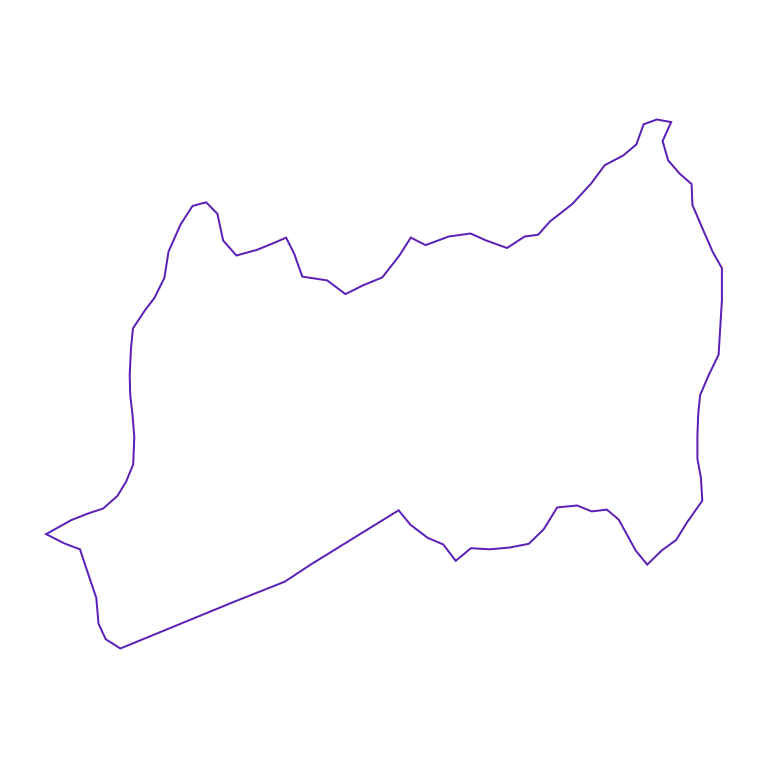 Curral de Cima, Paraíba, Brazil
{"feature_id": "56859067B74378135751111", "entity_name": "Curral de Cima", "entity_type": "district", "adm_level": 2, "iso_a3": "BRA", "parent_name": "Brazil", "parent_adm1": "Paraíba", "projection": "equal_earth", "projection_center": [-35.284, -6.731], "detail": "fine", "context": "isolated", "style": "outline", "palette": "violet", "viewbox_px": 768, "rotation_deg": 0, "n_neighbors": 0, "source": "geoboundaries", "source_scale": "gbopen_adm2", "svg_char_len": 1307}
<svg xmlns="http://www.w3.org/2000/svg" viewBox="0 0 768 768"><path d="M120.3,648.5L234.2,601.7L284.7,581.7L310.6,564.6L398.6,510.3L410.5,524.8L427.6,537.8L443.3,544.5L455.7,560.8L470.9,548.2L489.9,549.3L509.8,547.5L528.8,543.8L543.7,529.3L557.2,507.4L577.1,505.5L591.7,511.4L606.9,509.6L618.7,519.6L627.3,535.2L635.6,550.4L647.2,564.6L661.8,550.4L676.1,540.0L687.4,521.8L702.3,500.7L700.9,477.6L697.4,458.7L697.4,435.6L698.2,414.8L700.1,395.2L708.7,375.1L718.6,354.7L721.9,300.4L721.9,268.1L712.8,252.1L702.3,228.0L692.4,204.9L691.6,184.1L679.7,173.7L668.1,160.3L662.6,141.0L671.2,122.1L656.8,119.5L643.6,124.3L636.4,144.4L623.2,155.5L604.7,165.2L591.2,183.4L572.1,204.2L550.1,221.3L538.2,234.7L524.7,236.5L507.0,248.0L485.5,240.2L470.6,233.5L448.8,236.5L425.6,245.1L410.8,237.6L399.4,255.5L382.3,277.4L363.3,285.2L345.4,294.1L327.2,280.4L302.3,276.6L294.3,254.0L286.1,237.6L273.4,243.2L256.8,249.9L236.4,255.5L223.2,240.6L217.4,213.8L206.1,202.3L192.5,206.0L180.7,224.2L168.5,251.7L164.4,277.8L154.5,297.8L145.1,310.1L133.0,328.3L131.0,348.3L129.7,374.7L130.2,394.8L132.4,413.7L134.3,436.8L133.2,464.3L126.1,481.7L117.5,495.8L103.2,508.5L88.6,513.3L71.5,520.0L46.1,534.1L64.3,543.4L80.0,549.3L86.9,570.1L96.3,598.0L98.5,623.6L105.7,639.2L120.3,648.5Z" fill="none" stroke="#5b21b6" stroke-width="2"/></svg>